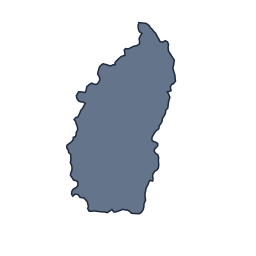 outline of Pescador, Minas Gerais, Brazil, rotated 319°
{"feature_id": "56859067B18566313031573", "entity_name": "Pescador", "entity_type": "district", "adm_level": 2, "iso_a3": "BRA", "parent_name": "Brazil", "parent_adm1": "Minas Gerais", "projection": "natural_earth1", "projection_center": [-41.56, -18.337], "detail": "fine", "context": "isolated", "style": "filled", "palette": "slate", "viewbox_px": 256, "rotation_deg": 319, "n_neighbors": 0, "source": "geoboundaries", "source_scale": "gbopen_adm2", "svg_char_len": 2609}
<svg xmlns="http://www.w3.org/2000/svg" viewBox="0 0 256 256"><g transform="rotate(319 128 128)"><path d="M41.7,143.3L44.6,143.1L46.6,145.5L46.3,148.9L47.7,150.5L48.9,152.3L48.9,154.4L48.9,156.8L47.6,159.4L46.6,161.2L44.7,162.4L44.1,165.4L46.2,167.1L48.6,168.9L50.0,170.6L51.6,172.4L53.6,174.5L55.3,176.1L56.7,178.2L59.3,178.7L62.4,178.9L62.2,182.2L64.1,183.5L66.4,184.4L68.4,185.3L70.8,186.0L72.1,188.0L73.7,189.6L74.5,191.7L74.7,194.6L76.1,196.1L77.8,197.8L80.4,200.2L83.1,200.4L85.2,199.8L86.9,198.9L88.6,197.6L90.0,196.0L91.7,195.0L93.9,194.0L95.8,191.0L97.8,188.6L99.9,187.2L101.4,185.8L103.6,184.7L105.8,183.9L107.9,182.7L110.2,182.0L111.9,184.2L113.6,182.7L115.3,180.0L117.8,178.7L120.2,178.2L122.2,178.7L124.7,178.1L127.4,175.6L128.8,173.5L130.2,171.9L131.7,170.5L132.9,167.9L132.2,165.1L132.5,162.7L134.3,161.4L136.3,161.2L138.8,160.9L140.2,159.4L139.8,157.2L138.4,155.1L138.1,152.8L140.0,150.8L142.5,149.8L144.8,149.1L146.9,148.5L148.9,148.7L150.7,148.8L153.0,146.9L156.3,146.0L158.3,145.2L160.0,143.5L162.4,142.8L165.6,141.6L168.2,139.4L171.2,139.0L173.0,137.4L175.1,135.4L177.6,133.6L179.8,132.3L180.8,129.3L181.4,126.5L183.0,127.5L185.0,128.1L186.0,126.3L187.2,124.6L189.4,123.8L191.5,124.4L194.6,123.8L196.1,121.5L198.0,119.0L199.6,115.5L201.2,112.1L203.8,110.4L205.9,108.5L207.5,107.2L207.8,104.5L208.5,100.3L209.1,96.4L211.2,93.4L213.3,91.7L214.3,89.0L213.4,86.5L210.7,86.1L208.9,83.8L209.7,80.7L210.2,77.8L211.0,74.7L210.8,71.9L211.0,69.2L210.7,67.0L211.2,64.6L210.3,61.0L207.7,58.1L205.4,55.6L202.9,57.2L200.9,59.8L199.8,62.8L200.6,65.9L198.1,66.4L195.1,67.7L193.6,70.1L192.0,72.0L189.0,71.7L185.8,70.0L183.2,69.3L180.2,68.5L178.2,66.4L176.3,66.7L174.7,69.5L173.3,71.2L171.6,70.3L169.6,69.6L166.7,69.6L163.7,69.7L161.1,70.1L159.7,71.8L158.0,70.4L155.5,69.7L153.6,66.5L151.3,63.1L148.0,62.9L146.0,63.5L144.3,64.5L142.8,65.6L140.5,67.3L139.9,70.6L138.5,73.1L135.8,74.2L133.2,74.6L131.0,72.7L130.2,70.4L127.8,69.8L123.9,69.8L121.3,72.0L119.2,73.1L117.6,71.5L116.3,70.0L114.5,68.3L112.3,69.0L110.1,69.8L108.7,72.5L108.5,75.5L109.7,77.5L111.3,79.2L111.9,81.3L108.8,82.5L106.3,83.4L103.9,83.7L101.8,84.9L99.7,85.8L97.7,86.8L95.2,85.8L92.8,86.3L92.8,88.5L91.5,91.2L90.7,93.7L89.1,96.2L86.1,97.3L84.3,99.1L82.7,100.1L80.6,99.1L79.2,100.7L76.9,101.3L75.0,101.3L73.1,101.1L70.4,101.0L68.7,103.0L68.3,105.7L67.1,107.7L67.4,110.4L65.8,112.3L64.2,114.3L61.8,116.3L60.8,119.5L59.4,121.6L57.6,123.3L55.5,124.3L53.5,125.9L53.2,128.8L52.7,131.6L54.2,133.6L54.7,135.8L52.8,138.2L50.4,139.0L48.0,138.5L45.9,138.3L44.0,139.0L41.9,141.0L41.7,143.3Z" fill="#64748b" stroke="#1e293b" stroke-width="1.5"/></g></svg>